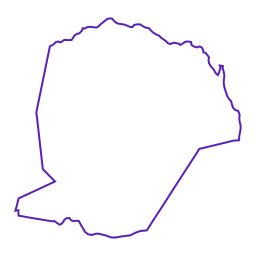 Ceará-Mirim, Rio Grande do Norte, Brazil
{"feature_id": "56859067B87292003692052", "entity_name": "Ceará-Mirim", "entity_type": "district", "adm_level": 2, "iso_a3": "BRA", "parent_name": "Brazil", "parent_adm1": "Rio Grande do Norte", "projection": "robinson", "projection_center": [-35.367, -5.598], "detail": "fine", "context": "isolated", "style": "outline", "palette": "violet", "viewbox_px": 256, "rotation_deg": 0, "n_neighbors": 0, "source": "geoboundaries", "source_scale": "gbopen_adm2", "svg_char_len": 1813}
<svg xmlns="http://www.w3.org/2000/svg" viewBox="0 0 256 256"><path d="M219.8,65.5L220.5,67.9L219.7,70.1L218.9,73.1L217.8,75.1L215.4,72.7L213.6,69.4L211.1,66.6L209.1,63.3L208.5,60.0L209.0,57.2L207.4,55.1L205.4,52.8L203.4,52.4L203.0,49.7L201.8,47.5L199.6,46.4L197.1,47.4L193.9,46.5L191.5,44.9L191.1,42.1L188.5,41.5L185.4,41.7L182.6,43.6L180.3,44.9L178.6,43.6L173.4,42.7L170.2,44.1L167.7,43.1L165.7,40.9L160.9,37.6L159.1,35.6L156.4,34.6L153.3,32.7L150.6,30.2L149.1,28.3L144.8,27.3L139.8,24.3L136.0,24.5L133.9,25.1L132.6,27.0L130.5,27.1L127.1,25.6L123.9,24.5L120.3,24.0L116.7,23.2L114.1,20.9L111.8,18.4L109.3,18.5L107.0,19.1L105.1,20.7L103.1,22.3L100.3,24.5L98.2,26.6L96.2,27.6L93.5,27.2L89.7,26.8L86.8,27.3L84.8,28.5L82.7,28.3L81.9,30.6L79.4,33.3L77.1,33.8L74.5,35.4L73.3,37.4L71.6,40.0L67.8,40.1L64.3,39.9L60.5,42.4L58.2,41.5L55.7,42.2L53.5,44.5L49.9,46.3L43.7,76.5L36.3,112.5L37.2,119.3L42.8,169.1L55.0,181.5L18.6,198.4L16.4,207.1L15.4,210.7L18.4,210.2L18.5,215.6L31.3,217.9L38.0,219.0L52.1,221.3L54.3,221.0L56.9,222.9L59.7,224.7L61.8,223.6L63.3,221.8L64.4,219.7L66.5,218.2L69.4,218.0L71.1,220.2L73.7,221.2L76.3,220.7L78.8,221.0L81.4,225.7L85.0,231.9L88.0,234.2L91.8,235.0L95.6,233.8L97.8,233.6L101.2,234.3L106.3,235.6L110.8,237.3L113.2,237.6L116.2,237.4L122.6,236.3L130.1,235.4L132.4,234.3L135.3,232.8L140.3,231.0L146.8,230.4L153.3,220.2L164.2,203.5L171.2,192.5L180.4,178.2L193.8,157.6L199.4,148.8L202.8,148.1L210.2,146.3L233.6,140.6L239.1,140.3L239.1,137.5L239.5,134.6L240.2,131.6L240.6,128.5L240.6,125.5L239.7,121.9L239.3,118.6L239.6,114.9L238.2,110.9L236.2,110.4L234.5,109.3L232.9,107.4L232.0,104.5L231.1,101.2L228.9,98.7L227.4,96.4L226.0,92.4L224.7,88.4L224.1,85.9L223.8,83.2L223.8,79.9L224.3,76.6L224.2,74.0L223.4,70.8L222.7,68.3L222.8,66.0L219.8,65.5Z" fill="none" stroke="#5b21b6" stroke-width="2"/></svg>